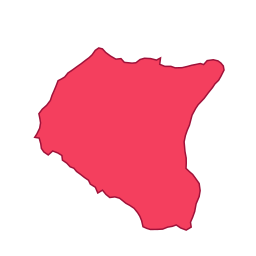 the district of Jeriquara, São Paulo, Brazil, rotated 197°
{"feature_id": "56859067B66998446193520", "entity_name": "Jeriquara", "entity_type": "district", "adm_level": 2, "iso_a3": "BRA", "parent_name": "Brazil", "parent_adm1": "São Paulo", "projection": "robinson", "projection_center": [-47.576, -20.342], "detail": "fine", "context": "isolated", "style": "filled", "palette": "rose", "viewbox_px": 256, "rotation_deg": 197, "n_neighbors": 0, "source": "geoboundaries", "source_scale": "gbopen_adm2", "svg_char_len": 1528}
<svg xmlns="http://www.w3.org/2000/svg" viewBox="0 0 256 256"><g transform="rotate(197 128 128)"><path d="M38.6,51.7L40.7,56.2L40.1,61.5L39.8,67.6L40.7,75.4L39.9,83.2L40.7,89.2L43.7,95.7L49.1,99.9L52.6,102.5L56.5,104.2L60.7,106.3L62.0,111.4L63.6,116.3L66.7,122.3L70.3,131.2L70.9,137.6L70.7,143.3L70.1,148.5L70.5,159.0L69.0,166.6L67.7,170.9L63.9,178.5L61.6,184.9L59.0,191.4L57.8,195.5L55.3,200.1L54.3,204.5L53.1,211.5L55.0,215.2L58.2,217.3L61.6,218.5L66.4,218.2L72.0,215.6L74.2,210.8L77.7,210.8L81.7,208.6L85.3,206.7L89.1,204.3L93.9,201.5L100.5,199.3L105.0,199.5L110.8,197.7L116.3,198.2L117.4,204.5L120.6,201.3L126.7,201.0L132.7,199.5L136.5,197.0L139.5,192.7L143.1,191.2L150.7,189.7L155.0,192.3L159.7,190.3L165.8,191.7L171.4,193.7L175.6,196.2L179.4,196.0L182.0,192.7L183.7,187.5L185.8,183.8L188.2,180.6L191.5,175.9L195.0,171.4L198.0,167.4L201.5,163.1L203.4,158.3L206.0,155.4L208.7,152.8L209.1,146.9L209.6,141.9L210.2,136.9L210.3,131.7L212.4,126.0L215.5,120.9L217.4,115.6L214.9,111.0L213.1,107.3L212.4,102.0L213.4,95.7L214.5,91.8L210.0,92.4L206.8,87.4L204.9,83.2L201.5,80.5L196.4,78.9L193.3,84.0L187.7,83.6L183.2,82.4L181.3,78.1L176.3,76.5L172.0,74.0L168.0,73.7L164.5,71.4L159.9,69.8L155.3,68.0L150.5,66.5L147.6,63.3L141.9,61.8L137.9,57.0L134.2,61.1L129.6,58.0L125.1,56.2L120.4,58.3L115.5,58.4L108.0,55.4L103.6,54.5L98.7,53.0L94.1,49.9L90.9,47.1L87.9,43.4L84.8,38.0L80.7,37.5L77.0,37.5L70.1,39.7L65.2,41.5L61.1,44.8L56.9,46.9L53.5,49.4L48.4,47.8L42.5,47.4L38.6,51.7Z" fill="#f43f5e" stroke="#9f1239" stroke-width="1.5"/></g></svg>